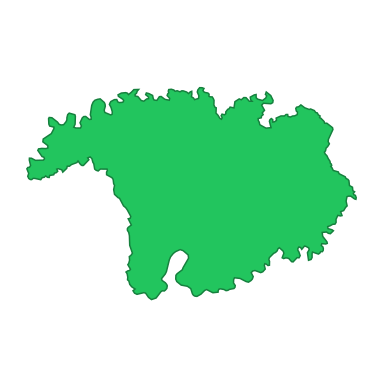 the district of Pinhão, Paraná, Brazil, rotated 357°
{"feature_id": "56859067B8399558053626", "entity_name": "Pinhão", "entity_type": "district", "adm_level": 2, "iso_a3": "BRA", "parent_name": "Brazil", "parent_adm1": "Paraná", "projection": "mercator", "projection_center": [-51.658, -25.801], "detail": "fine", "context": "isolated", "style": "filled", "palette": "green", "viewbox_px": 384, "rotation_deg": 357, "n_neighbors": 0, "source": "geoboundaries", "source_scale": "gbopen_adm2", "svg_char_len": 5989}
<svg xmlns="http://www.w3.org/2000/svg" viewBox="0 0 384 384"><g transform="rotate(357 192 192)"><path d="M212.8,293.4L213.0,291.8L213.8,290.5L215.2,290.2L218.8,291.0L220.8,292.3L222.7,292.1L224.3,291.2L228.8,290.6L229.9,289.5L230.3,287.7L228.7,285.0L229.0,281.7L229.9,279.9L235.4,280.8L241.4,284.3L243.7,285.0L246.3,283.5L247.7,282.1L248.7,279.7L246.9,275.7L248.5,274.1L250.8,273.7L256.4,276.1L258.5,275.4L261.1,272.8L260.4,269.0L261.0,267.4L262.5,268.0L264.0,269.4L265.5,269.2L265.8,265.2L265.2,263.5L265.8,261.6L270.4,257.5L272.3,256.7L274.0,255.2L274.8,253.3L276.3,252.2L280.0,255.9L280.5,258.0L278.6,262.4L280.1,263.3L282.1,262.7L284.0,263.0L285.3,263.6L287.8,266.8L289.3,267.1L293.5,263.1L295.5,263.3L296.7,261.2L295.5,257.1L294.7,255.9L294.7,254.0L296.0,252.4L297.6,253.2L298.6,255.0L301.5,251.9L302.8,252.2L305.6,253.9L306.0,255.7L304.1,258.6L304.8,266.3L307.4,265.6L308.5,263.7L308.7,259.7L309.2,258.3L315.0,260.6L316.5,259.7L317.3,258.3L319.1,258.4L320.0,257.1L320.2,255.2L319.8,253.6L318.3,252.2L318.9,250.4L322.9,250.9L324.4,250.4L324.2,248.9L320.2,243.1L319.9,239.2L324.2,239.0L326.0,240.4L328.0,240.9L331.2,238.1L329.8,237.0L325.9,235.7L325.7,233.6L328.1,233.0L330.9,231.6L333.1,231.6L334.3,229.9L334.4,226.8L336.4,223.0L339.1,223.7L340.6,223.4L339.4,219.4L342.5,218.5L344.6,215.4L346.2,214.0L345.4,209.2L346.5,204.8L348.1,204.3L350.4,204.5L353.9,207.4L355.3,207.9L355.7,206.3L355.0,203.9L353.5,203.2L353.0,201.7L354.4,200.3L352.7,199.1L352.5,195.6L349.6,193.8L349.3,188.9L348.4,187.6L346.5,186.5L345.8,184.8L339.8,181.4L339.2,179.6L334.2,177.9L333.0,175.0L331.9,173.7L332.9,172.9L332.6,171.4L331.6,170.4L331.4,168.5L329.8,165.8L328.6,162.8L327.0,161.0L326.3,159.1L327.5,157.9L328.2,155.2L329.8,153.8L331.7,151.1L330.6,148.8L331.0,146.5L336.0,137.0L335.7,135.1L330.3,130.4L328.0,130.2L327.6,128.5L324.6,125.1L323.3,124.4L323.9,122.8L322.2,121.6L321.3,119.6L319.6,119.0L318.5,117.1L314.8,115.3L313.3,115.7L309.0,113.8L305.3,110.7L303.1,112.4L300.8,112.8L300.0,114.0L300.4,116.6L301.5,117.6L301.2,120.2L298.3,121.4L296.7,121.3L294.1,122.3L291.8,121.6L291.6,119.6L290.0,119.5L288.3,120.9L284.8,120.7L279.9,122.6L280.1,124.9L278.1,126.2L276.4,126.4L276.4,123.9L275.0,122.8L273.6,123.9L273.0,125.4L274.3,131.9L269.2,132.1L265.5,129.8L263.2,128.3L262.8,125.8L261.9,123.9L261.9,122.1L265.1,121.5L265.4,119.7L267.1,118.5L266.3,116.7L268.7,114.2L266.1,108.9L268.0,107.1L275.4,108.0L277.3,107.0L277.8,104.8L275.7,99.8L271.4,96.0L270.4,98.4L271.6,99.8L270.6,102.0L267.2,104.3L262.4,102.7L261.0,101.2L261.1,98.0L259.2,98.3L255.1,100.3L255.4,102.9L256.7,104.5L254.0,104.4L250.9,100.6L248.7,100.4L246.0,102.5L244.0,101.5L239.6,104.0L238.3,110.2L234.5,109.2L233.4,110.8L232.0,111.3L229.9,113.8L229.9,115.5L228.5,116.6L226.1,115.8L225.1,117.4L226.0,119.5L225.2,120.9L223.7,119.9L221.9,116.6L220.1,114.5L220.6,109.2L219.4,108.6L218.4,106.3L218.8,101.6L218.2,99.9L217.2,98.1L215.0,97.9L213.9,97.2L214.2,95.2L213.1,94.0L209.6,93.1L208.2,91.3L209.4,89.2L207.6,88.4L205.1,88.2L203.2,90.3L202.5,92.4L203.9,96.3L203.4,98.9L199.4,99.9L198.4,98.2L196.4,96.8L197.0,94.3L197.0,91.4L195.5,91.9L193.7,93.5L191.9,91.9L188.7,90.6L187.2,90.4L185.2,91.3L182.5,90.1L180.4,90.5L179.2,89.2L176.7,88.3L174.1,88.5L173.6,90.0L174.0,91.7L172.8,92.8L172.2,94.4L174.6,97.3L174.1,99.2L169.7,98.0L166.2,95.0L164.4,95.1L161.7,98.7L159.0,98.2L158.2,96.7L157.7,93.5L154.0,91.4L151.6,90.7L150.8,92.4L153.5,94.8L153.5,96.5L151.6,96.7L148.6,98.8L146.1,98.0L142.9,93.8L140.3,93.2L140.2,91.7L141.8,90.4L142.5,88.5L144.1,86.8L139.3,86.7L136.7,89.2L133.6,91.4L132.8,90.0L131.0,89.3L126.6,89.5L123.2,91.1L123.5,92.6L127.9,95.9L128.6,97.3L127.6,98.8L124.1,98.9L122.6,98.1L121.7,95.7L119.3,95.7L115.7,97.4L114.9,98.5L114.1,100.2L115.6,103.4L116.6,107.8L116.3,110.2L114.9,110.8L109.1,108.0L108.6,105.7L109.9,101.9L109.8,99.8L109.1,98.0L105.2,94.2L102.5,94.5L99.8,95.3L98.0,97.0L96.4,100.2L94.5,109.6L95.2,111.9L95.1,114.1L93.3,114.2L89.8,111.0L87.9,111.0L86.4,112.1L83.8,117.0L85.0,120.3L84.0,122.3L79.3,122.0L77.3,121.1L78.8,118.2L79.5,110.3L79.1,108.7L73.5,106.8L71.9,108.2L71.0,111.1L70.8,113.4L70.0,115.1L67.3,118.1L64.7,118.2L62.8,117.4L61.4,115.2L56.0,110.5L53.3,110.1L52.6,111.2L52.6,116.7L53.3,118.7L57.5,120.0L57.4,121.5L54.6,126.3L46.2,131.3L45.7,134.1L50.4,138.1L50.4,140.5L48.3,141.0L44.2,140.6L41.0,140.9L40.2,142.4L44.1,148.8L45.9,149.5L46.4,151.2L45.3,152.4L37.3,152.2L33.5,149.9L31.4,149.7L31.2,151.6L32.2,157.1L31.0,158.8L29.4,158.9L28.3,160.2L29.9,164.9L28.8,167.7L29.7,170.0L31.2,171.1L32.6,171.2L34.0,170.1L35.7,170.2L41.6,171.8L43.2,169.8L45.2,169.6L46.7,168.3L48.5,169.8L50.2,170.0L50.7,168.0L54.8,167.6L55.6,166.0L57.5,165.6L59.0,164.3L58.1,162.1L59.5,161.7L63.1,163.0L64.0,165.4L68.1,161.9L68.8,159.7L71.0,159.8L73.1,158.3L78.6,156.6L79.8,155.1L82.2,158.8L83.6,159.8L85.0,159.8L90.7,154.4L89.6,152.5L92.1,151.6L93.8,153.5L94.5,157.0L95.4,158.7L96.0,164.0L97.4,165.3L99.4,166.1L101.6,164.3L108.4,164.7L108.6,166.1L107.7,167.7L107.6,170.3L112.8,173.5L113.9,175.3L114.2,179.7L115.0,181.3L113.9,185.5L114.5,190.3L117.9,193.8L119.3,194.5L122.9,202.3L124.9,204.1L126.4,206.4L129.6,213.2L128.9,215.0L126.9,215.4L129.7,221.8L126.3,224.1L125.5,225.4L125.5,226.9L126.7,229.1L127.2,232.4L127.0,242.0L129.3,250.0L127.6,252.2L126.0,253.2L126.1,256.8L125.1,259.9L124.1,261.2L126.5,265.9L125.5,267.1L123.7,267.4L121.9,268.5L122.9,270.1L123.4,273.7L123.0,276.3L124.3,277.6L125.0,281.0L126.8,283.5L130.1,285.9L127.9,287.5L129.3,290.0L131.7,291.3L138.7,290.0L140.4,290.6L143.1,295.0L145.9,297.3L150.6,296.0L155.8,289.9L157.3,289.1L159.1,289.4L160.3,288.6L161.8,287.0L162.4,284.4L161.9,283.0L160.6,281.2L157.4,278.7L157.1,276.9L161.0,272.5L162.3,270.1L165.8,258.5L167.3,255.5L170.1,252.4L172.5,250.7L177.1,248.9L180.1,250.1L184.9,254.7L185.1,257.9L179.2,267.0L178.2,269.2L172.9,272.8L171.6,274.3L171.2,278.1L172.1,280.6L176.3,284.4L182.5,285.9L185.7,288.4L187.1,293.7L188.1,295.3L189.6,296.2L191.5,296.5L195.6,294.5L199.6,290.9L201.5,290.2L207.6,293.7L212.8,293.4Z" fill="#22c55e" stroke="#15803d" stroke-width="1.5"/></g></svg>